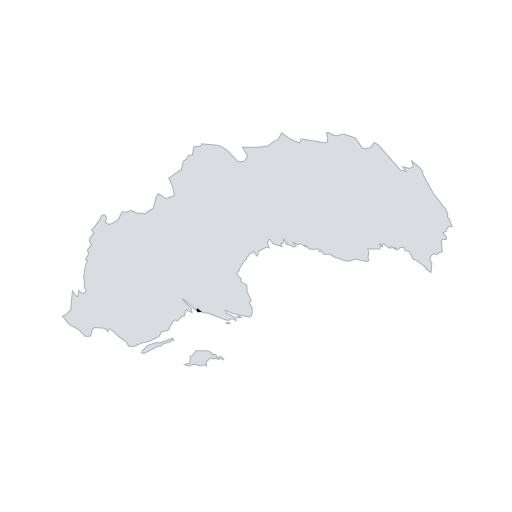 location of Oxelösund, Södermanland, Sweden, rotated 41°
{"feature_id": "70781695B16692343242132", "entity_name": "Oxelösund", "entity_type": "district", "adm_level": 2, "iso_a3": "SWE", "parent_name": "Sweden", "parent_adm1": "Södermanland", "projection": "equal_earth", "projection_center": [17.078, 58.693], "detail": "fine", "context": "in_parent", "style": "filled", "palette": "ink", "viewbox_px": 512, "rotation_deg": 41, "n_neighbors": 0, "source": "geoboundaries", "source_scale": "gbopen_adm2", "svg_char_len": 3976}
<svg xmlns="http://www.w3.org/2000/svg" viewBox="0 0 512 512"><g transform="rotate(41 256 256)"><path d="M118.5,325.8L120.2,329.3L124.2,328.8L125.9,326.3L128.2,318.9L125.9,310.7L129.5,307.8L131.9,303.4L137.3,302.0L144.7,296.8L145.6,291.5L147.3,287.7L141.6,276.0L141.3,273.1L150.6,271.6L154.8,263.9L148.6,259.0L139.0,254.3L142.9,239.8L139.1,232.0L139.8,228.8L139.3,223.8L141.8,221.7L137.4,214.4L142.2,209.4L141.5,206.9L155.4,196.9L164.4,195.1L180.7,196.6L184.8,192.7L185.0,190.6L183.6,185.6L174.4,182.8L184.7,174.0L192.7,165.6L194.4,157.4L196.3,154.0L194.6,146.2L205.1,145.3L214.6,142.1L213.4,137.9L234.2,125.1L234.9,122.8L233.3,120.6L228.5,116.8L229.9,115.0L235.4,114.0L238.1,112.3L242.2,106.4L253.5,101.8L265.8,104.9L271.2,99.7L270.8,92.7L275.3,91.9L308.3,96.4L313.8,93.8L308.1,92.4L313.7,89.6L315.2,87.8L315.8,85.8L315.5,84.7L310.9,82.2L321.3,81.8L326.9,83.1L327.5,84.6L350.1,92.8L368.0,96.1L373.2,98.5L375.1,101.1L378.0,101.3L381.4,103.7L384.9,105.1L382.1,106.8L382.4,110.8L383.3,112.6L381.8,116.0L387.6,116.8L388.7,118.9L385.7,121.1L386.1,123.4L393.9,130.6L392.1,132.9L391.7,135.9L388.4,138.1L387.9,140.4L388.7,143.3L389.9,144.8L393.2,145.8L399.0,153.7L393.4,154.3L389.1,153.2L379.2,154.2L376.7,155.4L369.0,152.2L364.6,154.0L361.6,152.4L359.3,155.0L358.8,158.6L355.2,158.3L356.6,159.6L351.8,160.1L351.4,160.7L352.5,161.6L351.0,162.7L344.3,163.0L343.5,164.2L345.4,165.6L345.4,166.5L341.1,165.2L344.1,167.8L344.8,169.7L335.7,177.3L338.8,179.3L341.5,183.7L344.3,185.6L343.2,187.7L333.7,192.6L328.4,200.2L316.4,205.2L310.1,206.5L306.1,210.2L301.2,209.0L301.1,211.1L298.0,209.8L295.5,213.0L291.2,215.8L286.4,215.3L285.9,215.8L287.3,216.6L281.8,217.3L280.2,220.1L276.1,220.9L275.4,221.8L279.6,222.0L278.8,224.4L274.1,225.5L272.4,227.0L270.3,227.0L270.7,225.9L267.5,225.9L266.6,224.6L266.0,224.9L268.1,228.8L266.5,230.3L269.5,231.8L260.9,235.6L255.7,234.2L255.0,235.3L256.1,238.6L260.6,241.2L257.9,242.9L254.9,250.6L257.0,255.3L251.0,254.2L251.4,256.0L249.5,258.1L250.3,261.2L249.7,263.2L251.1,265.0L250.3,265.8L251.2,274.4L252.9,278.1L252.2,281.0L254.7,282.6L259.9,283.0L261.5,285.4L268.1,284.0L272.8,288.8L281.7,292.9L281.3,295.6L287.0,297.6L290.3,301.2L291.7,304.3L291.2,306.2L282.4,311.4L275.6,314.9L268.5,317.0L268.9,317.8L272.4,318.2L280.9,315.7L283.4,317.9L278.8,318.9L277.9,321.9L275.9,323.8L257.0,330.7L254.5,332.8L246.1,336.3L230.9,336.0L228.6,336.8L241.7,338.2L244.8,340.7L238.6,342.4L241.3,348.5L239.7,349.9L239.5,356.7L237.3,356.8L236.3,359.7L237.4,366.5L238.5,368.4L238.0,370.4L234.4,375.0L235.6,380.6L231.3,390.8L226.7,396.8L223.0,404.8L219.0,407.6L214.3,405.8L207.3,406.8L194.5,406.5L192.9,407.3L193.8,410.2L189.2,409.8L181.0,416.0L180.7,419.0L183.8,424.9L179.8,428.7L171.1,427.8L159.6,430.2L149.4,428.3L150.7,426.2L151.7,418.5L140.4,402.8L145.9,404.4L148.2,403.6L144.9,398.5L149.6,398.2L151.1,396.4L150.4,393.4L146.6,392.1L143.3,387.6L139.9,385.2L134.0,376.1L131.9,369.9L129.8,370.5L128.1,363.4L124.9,362.3L124.4,355.2L120.9,354.4L118.8,351.1L118.6,345.0L114.5,344.2L115.1,341.2L114.2,330.5L113.0,327.1L114.2,324.6L116.5,324.4L118.5,325.8ZM294.5,359.0L292.6,359.7L291.5,361.6L288.5,362.6L288.0,368.9L290.8,371.3L287.9,372.3L286.0,375.7L280.9,377.9L278.8,380.1L277.7,383.2L273.2,384.8L276.4,380.2L272.2,374.9L273.3,373.0L272.9,366.8L282.1,359.1L286.3,358.2L288.2,359.1L289.0,357.2L290.4,356.8L294.5,359.0ZM235.5,402.8L233.2,404.2L232.5,402.2L232.8,394.8L237.9,386.0L240.2,385.3L246.5,373.6L247.1,372.8L249.3,373.5L247.7,374.6L247.8,376.7L243.8,383.0L242.8,387.1L241.4,388.1L235.5,402.8ZM296.3,356.6L295.9,358.3L293.6,356.9L295.8,354.9L300.3,355.4L296.3,356.6ZM285.2,312.2L282.3,314.9L281.7,313.8L282.3,312.5L285.2,312.2ZM278.9,326.0L277.4,326.2L278.5,324.4L280.5,323.9L278.9,326.0Z" fill="#d9dde1" stroke="#a8b0b8" stroke-width="1"/><path d="M250.0,334.5L249.4,334.5L248.2,334.6L247.4,334.4L246.8,334.6L246.8,334.9L247.4,335.3L247.8,335.7L248.3,335.9L248.5,336.0L248.9,335.8L249.3,335.2L250.0,334.5Z" fill="#0f172a" stroke="#020617" stroke-width="1.5"/></g></svg>